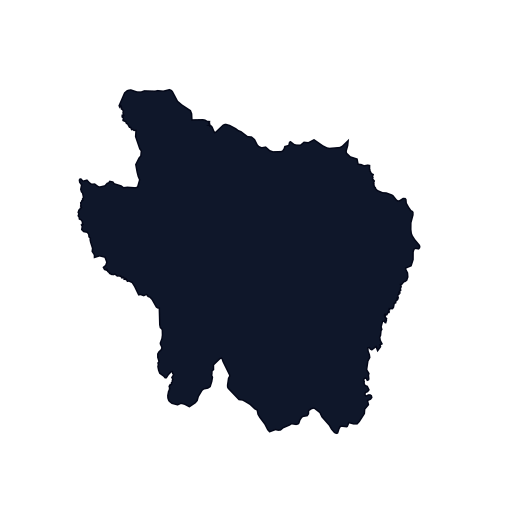 Khamcha-I, Mukdahan, Thailand (Equal Earth projection), rotated 166°
{"feature_id": "78962969B9288623965853", "entity_name": "Khamcha-I", "entity_type": "district", "adm_level": 2, "iso_a3": "THA", "parent_name": "Thailand", "parent_adm1": "Mukdahan", "projection": "equal_earth", "projection_center": [104.357, 16.612], "detail": "fine", "context": "isolated", "style": "filled", "palette": "ink", "viewbox_px": 512, "rotation_deg": 166, "n_neighbors": 0, "source": "geoboundaries", "source_scale": "gbopen_adm2", "svg_char_len": 6099}
<svg xmlns="http://www.w3.org/2000/svg" viewBox="0 0 512 512"><g transform="rotate(166 256 256)"><path d="M117.8,195.2L115.7,196.0L113.8,198.9L113.1,202.9L114.0,206.8L113.7,208.1L107.9,209.0L104.5,214.5L102.6,221.9L101.1,224.4L99.5,224.9L96.5,223.6L95.5,224.3L94.9,225.3L94.9,226.8L98.1,233.4L99.6,237.8L99.9,240.4L99.4,244.3L97.7,250.8L93.8,257.9L93.2,260.4L93.5,261.3L94.8,262.5L96.3,266.4L97.5,270.9L96.9,274.5L97.4,275.6L99.3,276.2L103.4,274.8L105.1,275.0L106.3,276.4L108.6,281.4L109.5,282.3L114.3,285.6L117.9,286.7L122.4,290.1L123.6,292.0L123.7,293.4L124.4,294.1L124.2,295.1L124.7,296.2L124.3,296.8L124.6,297.4L124.1,297.7L124.3,298.3L123.1,300.2L123.8,301.6L124.4,301.7L124.0,303.4L123.6,303.7L123.8,304.9L122.6,306.7L124.1,308.0L124.9,311.2L124.6,312.0L124.9,312.5L123.9,316.3L125.6,317.1L129.3,317.3L131.8,319.2L134.8,320.4L134.5,325.6L140.6,329.4L143.4,333.9L143.2,336.0L140.4,340.9L138.7,345.6L145.6,341.6L148.4,340.9L158.8,342.6L161.1,343.7L164.6,346.7L171.6,354.7L177.8,353.2L181.9,354.7L186.0,352.7L190.1,353.8L192.1,354.9L194.9,358.5L195.9,358.2L197.4,355.3L201.5,355.2L202.7,353.2L204.8,351.3L206.5,351.2L214.3,352.9L217.3,354.9L220.3,359.3L224.4,359.6L226.9,361.5L228.0,363.5L229.3,369.3L231.6,372.5L235.5,373.9L240.5,380.2L243.1,382.1L244.9,384.4L250.0,389.0L253.5,391.0L254.9,391.1L256.3,390.8L265.1,385.8L266.3,385.7L266.9,387.8L267.4,391.5L268.0,392.9L269.3,393.0L269.2,393.9L270.1,394.3L269.0,394.4L269.3,395.2L268.9,396.1L269.6,396.5L268.7,397.7L270.9,398.4L272.7,400.2L274.8,401.1L285.3,403.5L284.1,409.5L284.5,412.9L291.5,420.5L294.8,425.1L297.4,435.7L298.1,437.0L299.7,438.3L306.1,438.3L311.4,440.2L314.2,440.3L324.4,443.2L327.8,442.8L331.8,443.9L337.3,447.4L339.4,447.6L341.0,447.5L344.0,446.0L352.3,435.1L352.0,434.8L352.4,434.0L352.1,433.2L351.1,434.5L350.7,434.3L350.5,432.6L351.0,431.2L350.1,430.4L349.6,428.9L350.4,427.1L350.3,424.2L350.8,424.0L351.7,424.9L352.0,424.4L352.2,423.2L351.4,422.3L351.5,420.6L352.2,420.2L352.2,419.6L349.9,417.9L349.6,415.9L348.7,415.6L347.6,411.5L346.5,411.1L346.1,408.7L344.9,408.7L344.0,407.4L342.0,406.9L343.9,401.0L342.8,388.0L341.8,385.8L343.5,380.9L345.7,379.4L350.5,373.8L351.0,366.3L351.0,361.8L350.4,358.1L354.2,351.5L356.5,351.3L364.2,353.8L368.1,354.3L369.9,356.6L376.2,360.4L377.0,362.4L379.8,363.8L381.6,362.3L382.6,362.6L385.6,360.6L391.1,360.7L392.6,361.7L395.1,364.8L398.3,365.4L400.0,367.4L401.7,370.5L405.8,370.4L407.3,373.1L408.2,373.2L409.0,372.4L409.2,370.2L408.0,367.2L409.9,363.1L409.8,360.6L409.0,359.0L409.2,354.5L410.5,353.3L410.5,352.0L411.5,351.9L412.1,350.8L413.2,350.1L413.5,347.7L414.1,346.9L413.6,345.2L415.0,344.8L415.7,343.7L416.6,343.5L418.0,341.3L417.6,339.9L418.8,338.0L418.2,336.6L418.4,334.6L416.9,333.5L416.1,331.1L416.6,329.7L416.2,328.6L417.8,328.4L417.4,326.7L418.7,323.8L417.3,321.4L413.9,319.8L413.0,317.4L413.4,315.0L412.4,313.3L413.0,311.9L413.1,309.4L412.7,303.0L413.8,300.1L412.5,296.3L413.1,293.7L407.7,294.0L402.8,291.4L402.2,286.0L404.1,283.2L406.8,281.9L406.2,279.5L405.4,279.3L404.8,278.5L403.9,279.2L403.5,276.8L402.2,275.2L402.3,274.5L401.7,274.4L400.9,273.2L398.6,272.4L397.2,272.6L395.5,270.2L392.3,269.5L392.5,269.0L391.8,268.6L391.3,267.1L390.1,267.7L389.5,267.0L389.6,265.3L388.5,265.1L388.1,265.6L387.5,264.9L387.6,264.2L387.1,263.9L386.9,262.6L385.4,262.5L382.5,260.2L381.1,255.9L379.2,246.7L377.3,246.6L374.5,244.7L371.7,245.3L370.8,244.4L371.0,243.8L370.4,242.8L368.8,241.7L367.3,239.0L365.0,230.6L363.9,229.4L362.4,228.9L366.0,212.6L366.1,209.6L365.1,208.3L364.8,206.8L365.9,201.9L367.2,198.6L369.9,194.6L370.0,193.4L369.4,190.5L369.7,189.2L370.6,188.0L373.4,186.4L375.0,184.7L375.8,181.4L375.6,177.0L377.0,175.9L377.0,174.3L377.9,172.4L378.1,168.7L377.7,165.5L374.6,161.8L373.6,159.8L372.5,159.6L369.8,162.1L366.3,164.3L365.2,164.1L365.2,162.1L364.5,160.8L367.0,158.5L366.5,156.4L367.2,155.7L367.7,153.9L368.6,153.6L369.0,151.8L370.3,152.0L370.5,151.2L371.1,151.3L371.8,150.5L371.7,148.3L372.3,147.8L372.3,147.0L373.5,145.9L375.3,142.0L375.8,139.5L375.6,137.1L375.2,136.0L373.2,133.4L368.1,130.6L364.7,131.2L363.3,130.7L361.0,129.4L357.1,125.9L350.5,128.3L348.1,130.0L346.0,133.7L340.9,138.8L338.9,139.7L334.7,139.5L332.1,140.4L329.3,145.0L327.6,148.9L328.0,151.4L327.4,152.0L326.6,155.0L324.7,156.1L323.6,160.7L316.0,165.1L314.2,165.4L313.7,164.4L313.5,161.6L310.3,146.8L310.6,145.7L312.2,144.0L314.8,137.6L315.2,135.7L314.9,134.3L307.2,120.8L303.9,119.6L301.8,117.7L297.6,113.5L294.1,108.0L292.1,106.3L292.3,101.9L291.3,98.5L288.0,90.7L286.6,84.6L285.3,82.2L279.1,82.9L276.5,81.6L274.3,81.3L271.3,82.8L264.4,83.9L262.1,84.7L257.8,82.9L255.9,82.9L254.9,83.5L253.1,86.3L250.7,88.5L249.1,89.0L245.0,88.7L243.3,90.2L242.4,93.3L239.0,94.5L237.0,94.5L236.0,94.0L231.8,88.6L230.9,84.0L225.7,74.0L224.6,69.9L222.6,65.9L221.8,65.1L220.5,64.4L219.6,64.6L217.3,68.3L215.6,70.1L214.1,70.2L209.3,68.4L208.6,68.7L206.2,71.9L201.9,69.5L198.5,68.7L195.9,70.4L189.0,76.9L187.6,81.1L182.9,84.5L182.8,88.8L179.5,89.4L177.9,90.7L177.9,92.5L178.9,93.6L180.6,94.0L183.0,93.3L184.0,95.5L182.8,97.1L180.6,97.4L178.8,98.8L179.6,102.6L181.6,104.0L182.0,106.3L181.3,108.3L181.7,109.6L180.8,110.7L179.6,111.2L178.6,110.6L178.1,108.5L176.8,108.7L176.3,109.4L175.8,113.0L174.9,114.7L176.1,118.5L176.0,119.4L172.9,127.0L170.2,130.0L169.9,132.8L170.3,136.5L169.8,139.7L168.2,139.9L167.5,138.0L166.3,137.0L161.4,139.1L160.9,134.7L157.3,137.7L157.0,138.4L157.4,139.8L155.0,140.3L155.9,144.1L155.6,147.4L154.4,148.8L152.8,153.3L151.7,154.3L151.8,157.0L149.1,161.8L147.1,161.9L146.9,160.2L146.3,159.9L144.9,162.3L145.0,163.1L144.6,163.6L145.2,163.9L144.9,164.6L145.7,165.4L145.3,165.8L145.5,166.2L145.2,166.6L145.8,167.0L145.6,167.8L144.9,168.4L144.7,167.8L143.4,167.3L141.3,169.5L140.6,169.1L140.2,169.6L140.5,170.5L140.3,171.4L139.4,171.5L139.3,172.7L136.3,171.9L135.0,173.0L133.4,176.6L131.8,176.8L131.4,178.3L129.3,179.4L129.3,180.6L128.9,180.3L128.8,180.8L128.1,180.9L128.1,182.8L127.6,184.1L126.3,184.5L126.1,186.0L125.3,185.6L125.3,186.9L123.8,187.9L124.0,188.4L123.4,190.4L122.6,190.9L122.7,193.4L121.6,193.2L118.8,195.3L117.8,195.2Z" fill="#0f172a" stroke="#020617" stroke-width="1.5"/></g></svg>